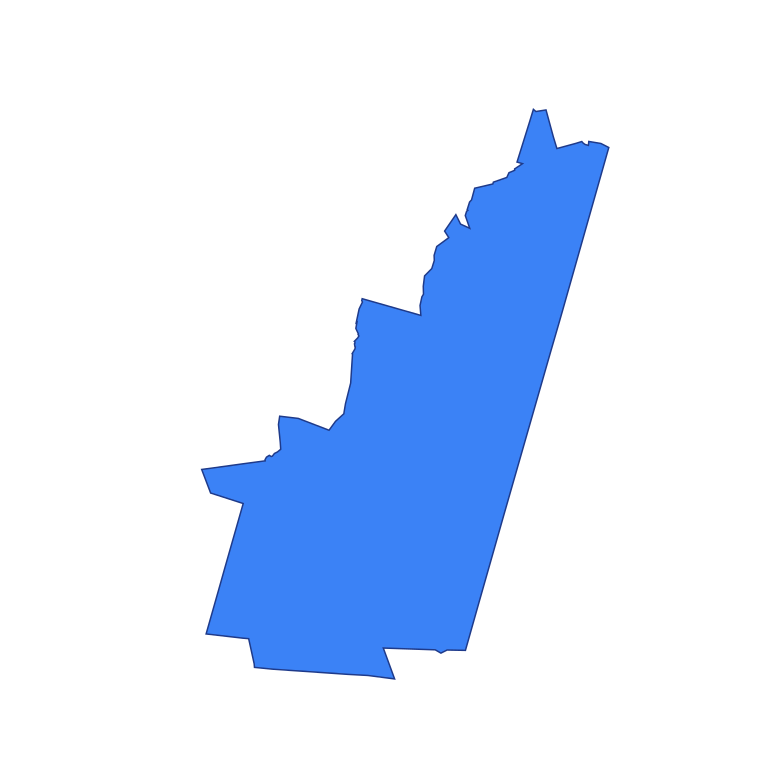 Naco, Sonora, Mexico (orthographic projection), rotated 106°
{"feature_id": "50627088B11700552359479", "entity_name": "Naco", "entity_type": "district", "adm_level": 2, "iso_a3": "MEX", "parent_name": "Mexico", "parent_adm1": "Sonora", "projection": "orthographic", "projection_center": [-110.037, 31.187], "detail": "fine", "context": "isolated", "style": "filled", "palette": "blue", "viewbox_px": 768, "rotation_deg": 106, "n_neighbors": 0, "source": "geoboundaries", "source_scale": "gbopen_adm2", "svg_char_len": 1776}
<svg xmlns="http://www.w3.org/2000/svg" viewBox="0 0 768 768"><g transform="rotate(106 384 384)"><path d="M617.6,232.3L566.9,232.5L513.7,232.6L478.0,232.7L464.0,232.7L463.6,232.7L447.2,232.7L446.7,232.7L446.0,232.7L445.0,232.7L443.9,232.7L442.8,232.7L441.7,232.7L440.6,232.7L439.2,232.7L438.3,232.7L437.7,232.7L437.1,232.7L436.0,232.7L434.3,232.7L434.0,232.7L400.7,232.7L307.6,232.7L276.5,232.6L263.8,232.6L94.9,233.1L94.7,233.1L93.0,241.8L94.4,254.0L98.3,253.3L98.3,256.9L97.4,259.2L96.4,260.7L99.8,265.9L110.0,282.7L99.8,289.3L75.9,303.8L80.2,313.1L78.8,316.1L91.1,316.3L99.7,316.5L134.0,317.3L134.0,311.6L141.2,317.7L142.5,317.3L144.2,319.3L146.4,322.1L151.6,322.9L159.8,334.5L161.7,334.5L170.8,350.8L182.9,350.6L185.5,351.9L193.5,352.1L193.9,351.3L195.2,352.2L199.7,352.3L210.7,344.5L209.2,354.5L201.4,361.6L220.3,367.9L225.4,362.1L225.5,362.1L237.3,371.2L246.5,371.3L251.4,369.7L259.9,369.9L268.9,374.8L279.2,373.2L286.8,370.8L289.8,371.6L298.6,371.0L307.9,367.5L308.0,428.5L309.9,428.4L311.2,427.3L318.7,428.6L332.8,427.6L332.1,427.0L338.3,426.4L339.4,425.5L342.8,422.5L343.3,422.7L344.8,421.4L347.0,422.0L351.2,424.3L351.5,423.6L352.9,423.2L353.5,423.5L356.2,422.2L356.3,421.8L358.3,421.6L363.7,423.0L363.9,422.5L392.3,416.3L413.5,415.6L421.4,414.7L423.7,414.4L425.8,415.7L433.2,420.3L443.6,424.1L440.7,456.9L443.7,475.4L452.0,474.3L468.8,467.6L475.2,465.3L478.7,467.7L481.0,470.2L484.1,471.4L484.8,472.5L484.2,474.6L486.7,476.8L489.5,477.5L490.6,477.0L498.9,496.0L516.4,535.7L536.6,520.6L537.7,486.4L605.9,486.3L628.4,486.2L633.7,486.2L673.3,486.1L667.2,449.5L666.1,443.9L688.7,431.7L692.1,430.4L688.7,411.8L673.1,338.8L668.6,319.1L664.6,292.5L638.0,311.9L625.4,261.5L627.0,255.1L622.3,250.0L617.6,232.3Z" fill="#3b82f6" stroke="#1e3a8a" stroke-width="1.5"/></g></svg>